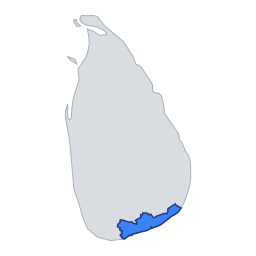 location of Hambantŏṭa within Sri Lanka
{"feature_id": "LKA-2465", "entity_name": "Hambantŏṭa", "entity_type": "District", "adm_level": 1, "iso_a3": "LKA", "parent_name": "Sri Lanka", "parent_adm1": "", "projection": "orthographic", "projection_center": [81.085, 6.277], "detail": "fine", "context": "in_parent", "style": "filled", "palette": "blue", "viewbox_px": 256, "rotation_deg": 0, "n_neighbors": 0, "source": "natural_earth", "source_scale": "10m", "svg_char_len": 2668}
<svg xmlns="http://www.w3.org/2000/svg" viewBox="0 0 256 256"><path d="M81.5,15.4L87.0,15.7L92.9,15.5L97.0,16.3L104.1,25.3L123.3,41.4L133.8,57.8L134.8,61.3L136.2,64.4L138.7,65.3L140.9,66.7L151.4,82.5L152.6,85.6L152.4,89.0L153.0,91.6L155.8,92.9L159.2,93.5L161.5,95.9L164.3,108.5L164.3,112.4L165.1,114.1L178.4,133.7L179.2,136.1L179.0,137.9L179.4,139.4L182.0,142.9L186.0,152.2L188.1,154.4L190.5,162.5L190.7,178.1L189.8,185.1L187.3,193.6L184.4,201.8L181.2,207.8L176.9,212.9L161.9,223.6L157.7,225.8L138.2,232.5L123.9,238.9L110.7,240.6L97.4,237.1L87.4,228.7L82.4,216.4L78.9,203.5L73.9,189.2L70.1,145.1L68.3,132.8L65.3,117.1L65.6,110.3L67.8,103.8L67.7,118.1L69.7,119.9L71.1,118.0L72.5,103.2L73.6,97.0L78.9,80.7L79.0,77.8L78.2,71.6L78.2,68.6L86.1,57.1L88.1,50.5L89.2,43.7L88.8,36.3L87.4,29.0L93.7,31.4L97.2,33.9L100.7,35.6L103.6,34.7L107.1,34.7L104.6,30.8L97.3,27.1L85.1,24.8L81.3,22.0L79.8,19.5L80.6,16.5L81.5,15.4ZM75.1,59.7L76.8,64.1L72.0,61.1L68.9,58.6L67.8,56.6L74.3,58.9L75.1,59.7ZM80.7,26.0L77.1,26.6L74.3,22.7L73.6,21.1L74.3,19.9L75.1,19.3L76.1,19.5L77.4,23.1L80.7,26.0Z" fill="#d9dde1" stroke="#a8b0b8" stroke-width="1"/><path d="M181.2,207.9L179.4,210.7L177.6,212.6L174.2,214.9L173.1,215.3L171.7,216.1L160.9,224.6L158.8,225.7L151.8,228.2L151.7,227.4L151.2,227.0L150.8,227.1L150.6,227.6L150.5,228.6L150.1,228.9L149.6,229.1L149.0,229.4L147.7,230.1L146.4,230.7L140.4,232.0L137.5,233.0L134.3,233.6L132.8,234.1L131.9,235.4L130.4,235.1L129.4,235.4L128.8,235.7L126.6,237.3L124.4,239.0L124.2,239.1L123.9,238.9L122.4,238.3L121.7,237.2L122.2,237.0L122.2,236.5L121.7,236.2L121.1,236.2L120.3,235.6L120.2,234.7L122.1,233.9L121.4,231.7L122.0,231.2L122.2,230.7L121.5,230.5L120.9,230.6L119.9,230.1L119.7,229.1L120.0,228.6L120.3,228.0L120.0,227.7L119.5,227.8L118.4,227.4L117.4,226.6L118.1,224.1L120.3,222.4L119.9,221.5L120.3,220.5L120.2,220.1L120.8,219.8L124.1,220.5L128.3,222.0L129.5,222.2L130.6,221.9L131.7,221.8L132.6,222.5L133.2,223.3L135.4,223.8L136.6,224.2L136.9,223.1L136.3,221.6L135.3,220.5L136.7,219.5L138.2,218.7L139.8,218.2L141.0,217.2L140.5,215.9L140.8,214.6L141.5,214.6L142.3,214.6L142.8,213.9L142.8,213.1L143.5,213.6L144.0,213.0L145.5,213.0L146.9,213.2L147.9,213.5L148.3,214.6L148.9,214.7L149.5,214.6L150.1,214.3L150.8,214.2L151.9,215.6L152.8,217.1L154.2,217.7L155.8,216.8L156.4,216.3L157.3,215.9L159.0,215.4L162.4,214.1L163.0,213.6L163.2,213.8L163.7,213.9L165.2,213.3L166.9,213.7L167.6,212.4L167.6,211.9L167.6,211.5L167.8,211.1L168.1,210.7L167.8,209.9L167.8,208.9L168.9,208.0L170.3,207.4L171.3,206.4L172.6,205.4L174.1,205.1L175.2,203.9L176.9,206.1L177.6,206.1L178.3,206.2L179.3,207.3L180.7,207.7L181.2,207.9Z" fill="#3b82f6" stroke="#1e3a8a" stroke-width="1.5"/></svg>